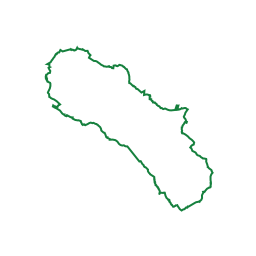 the district of Dealu, Harghita, Romania, rotated 112°
{"feature_id": "2599482B29353811741057", "entity_name": "Dealu", "entity_type": "district", "adm_level": 2, "iso_a3": "ROU", "parent_name": "Romania", "parent_adm1": "Harghita", "projection": "orthographic", "projection_center": [25.317, 46.415], "detail": "fine", "context": "isolated", "style": "outline", "palette": "green", "viewbox_px": 256, "rotation_deg": 112, "n_neighbors": 0, "source": "geoboundaries", "source_scale": "gbopen_adm2", "svg_char_len": 5774}
<svg xmlns="http://www.w3.org/2000/svg" viewBox="0 0 256 256"><g transform="rotate(112 128 128)"><path d="M86.6,222.6L88.4,222.8L89.5,222.8L90.5,223.2L93.3,223.8L93.8,224.1L95.1,224.2L96.0,224.4L99.0,226.7L98.6,224.7L100.5,223.9L100.9,223.5L100.9,223.3L102.0,224.2L103.6,222.4L104.0,221.6L105.0,221.2L106.2,221.1L106.3,221.5L107.2,222.6L109.0,223.2L109.3,223.8L111.0,223.6L111.4,223.4L111.1,223.3L111.2,222.9L111.7,223.0L112.0,222.1L112.8,221.8L112.7,221.5L112.8,221.4L113.7,221.2L113.8,221.6L115.2,220.0L114.9,219.5L115.2,219.1L115.3,217.2L115.9,216.6L118.1,215.7L120.6,215.3L125.1,215.6L125.4,215.4L126.1,213.9L128.7,212.6L128.7,211.6L129.1,210.9L129.3,208.9L129.2,207.4L129.9,204.1L131.6,199.8L132.2,200.2L132.2,200.4L132.4,200.7L132.8,200.8L133.4,201.2L134.8,201.2L135.2,202.7L135.2,203.6L135.4,203.8L135.7,204.7L135.7,205.1L135.4,205.2L135.5,205.4L135.2,205.5L135.1,205.8L136.2,205.7L136.2,204.9L136.5,204.1L136.6,201.6L137.3,197.6L139.2,194.4L139.6,192.8L139.2,191.9L139.9,191.6L140.2,190.8L140.1,189.5L139.0,189.4L139.0,188.8L139.3,188.6L139.3,188.4L139.2,187.3L139.5,185.4L139.0,183.5L139.6,183.6L139.8,182.5L140.1,182.5L140.3,179.8L140.0,178.7L139.9,177.8L139.3,176.6L139.4,176.3L139.2,174.5L139.7,174.2L139.9,173.8L140.5,173.5L140.8,172.9L141.8,172.0L142.1,171.1L141.4,170.7L141.0,170.1L141.1,169.4L141.3,169.3L141.1,168.9L141.3,168.6L139.4,166.8L137.9,165.7L137.0,164.6L136.8,162.7L136.2,162.1L136.2,161.0L136.4,159.8L136.1,158.6L136.4,158.1L136.5,157.8L136.4,157.2L136.9,156.4L137.1,155.6L137.7,154.0L139.1,152.5L140.1,152.0L140.5,151.5L141.4,148.9L141.2,147.9L141.7,147.6L142.1,146.9L144.6,144.7L144.3,143.6L144.9,143.5L145.1,140.3L145.6,140.3L144.5,137.9L144.0,135.3L144.1,134.5L144.6,132.7L146.1,130.4L146.6,128.6L146.4,126.7L145.6,125.4L145.6,125.1L145.9,124.1L145.8,122.9L145.3,121.7L154.8,104.9L154.3,104.4L154.0,103.8L156.0,101.2L156.7,99.4L157.4,99.0L157.7,98.6L158.0,97.9L157.8,97.2L157.9,96.7L159.1,93.9L160.3,93.5L160.7,93.2L161.7,91.8L162.2,90.5L162.6,90.2L163.4,85.9L163.7,85.2L165.0,84.8L165.3,84.4L165.8,84.4L166.1,84.0L166.4,84.1L167.3,83.3L167.6,83.3L167.7,83.0L168.2,83.1L168.6,82.8L168.7,82.3L169.1,82.3L170.0,81.2L170.4,81.2L170.4,80.6L170.8,80.5L171.1,79.4L171.5,79.1L171.5,78.4L172.0,78.2L172.3,77.4L172.7,77.3L173.0,76.8L173.0,76.6L173.5,76.4L174.0,75.4L174.2,75.2L175.7,74.4L176.1,74.5L177.2,74.3L177.2,74.1L176.4,73.9L175.8,73.5L175.6,73.2L175.4,72.0L174.8,70.9L174.8,70.6L174.4,70.4L174.2,69.7L176.7,67.9L178.4,66.1L179.0,64.4L179.5,63.8L179.2,63.5L179.1,63.0L179.2,62.7L180.5,62.3L180.5,61.9L180.9,61.9L181.5,60.4L182.2,60.0L182.6,59.3L182.7,58.7L183.0,58.6L183.0,58.2L184.1,56.6L183.5,55.7L183.0,55.5L182.6,55.0L181.9,54.8L181.5,53.9L181.1,53.4L181.5,53.0L183.8,49.6L184.4,47.4L182.7,46.2L182.1,45.2L180.1,44.5L179.8,43.3L179.7,43.2L178.8,43.4L178.4,43.3L178.3,42.5L171.8,37.5L171.2,36.9L170.1,35.2L169.5,34.6L169.6,34.0L168.5,33.9L168.2,33.6L167.1,33.1L165.2,33.1L162.7,34.2L159.4,34.0L159.0,34.4L158.4,33.4L158.5,33.1L156.8,32.7L154.6,31.9L153.8,31.2L153.1,30.8L152.6,29.8L151.5,29.3L151.0,29.8L149.8,29.9L148.3,30.7L148.2,30.4L147.1,30.9L145.5,31.9L142.1,33.3L139.7,33.4L137.8,32.8L136.9,34.1L136.5,34.2L135.7,35.0L135.0,37.9L134.4,38.9L134.4,39.3L134.0,39.3L133.5,39.9L132.2,40.8L129.9,42.9L127.8,43.6L127.4,43.9L127.7,45.7L128.2,47.2L127.9,47.8L127.9,48.4L127.6,49.7L127.0,50.9L127.2,53.1L127.0,53.9L126.8,54.5L126.2,54.9L125.4,56.3L125.1,59.8L123.2,61.5L122.8,62.9L122.2,62.7L122.1,62.8L121.4,62.8L120.5,62.3L120.0,62.2L118.8,60.9L118.4,60.9L117.8,61.2L116.9,61.1L116.5,61.5L116.2,61.9L115.1,64.3L114.4,67.2L113.4,69.2L112.6,72.1L112.4,73.4L112.2,75.6L112.6,75.8L112.5,76.0L112.0,76.1L111.8,76.5L111.4,76.5L111.2,76.8L110.0,76.9L109.3,77.6L108.7,77.9L108.0,78.0L107.5,78.3L107.4,78.1L107.1,78.2L106.5,78.0L105.3,78.3L103.5,77.7L101.4,77.5L101.3,75.7L100.2,75.7L100.1,76.5L98.4,77.9L98.0,78.5L97.3,79.9L96.6,80.5L94.1,80.3L92.3,80.5L88.4,79.6L88.4,80.4L87.9,81.9L88.2,82.9L89.6,84.9L89.6,85.2L89.5,85.7L90.4,86.1L91.0,86.6L91.6,87.9L91.9,87.8L92.7,89.2L88.4,89.7L88.9,90.5L88.7,90.8L88.7,91.1L88.8,91.3L93.6,91.0L95.5,94.6L96.0,96.1L96.1,96.9L96.2,98.3L96.0,100.7L96.3,101.3L97.0,102.0L97.3,102.5L97.2,103.1L96.9,103.7L96.9,104.0L96.9,104.5L97.3,104.9L97.3,105.3L96.3,106.6L96.1,107.6L96.3,107.9L96.3,108.2L96.0,108.7L95.8,109.9L95.1,110.4L95.1,110.9L94.9,111.1L94.9,111.5L94.6,112.0L94.7,112.5L94.3,112.8L94.6,113.7L94.9,114.0L95.0,114.4L94.4,114.8L94.3,115.1L93.8,115.3L93.7,115.7L93.9,116.1L93.2,117.1L92.6,117.3L92.7,117.8L93.1,118.1L93.2,118.7L91.0,119.6L90.8,119.4L90.7,119.7L90.3,119.8L89.7,119.6L89.3,120.0L89.7,121.2L89.6,121.9L89.8,123.0L90.4,124.2L91.4,125.5L87.5,126.7L90.1,128.8L88.3,133.7L88.3,134.4L88.6,134.9L87.9,136.0L87.3,136.5L87.3,137.3L87.0,137.9L86.8,138.5L87.3,138.8L85.7,142.6L85.9,143.6L84.4,144.4L82.5,144.8L81.4,145.4L79.9,146.0L78.2,147.1L76.9,148.3L76.3,148.4L75.6,149.5L74.6,150.5L74.0,150.9L74.0,152.2L72.8,154.6L73.0,155.1L72.4,156.3L72.3,157.0L72.5,157.6L72.5,158.6L72.7,159.7L73.4,160.0L74.6,160.9L74.8,161.9L74.6,162.3L74.7,162.6L74.7,163.3L75.6,164.7L78.1,164.0L78.3,164.7L78.1,164.8L78.4,165.2L78.4,165.5L77.8,166.4L78.0,167.3L78.4,168.2L77.8,168.8L79.1,170.4L79.3,171.1L79.5,172.4L79.9,173.4L79.6,174.1L79.4,176.7L78.8,178.5L78.4,180.5L78.1,181.1L78.0,183.0L78.6,184.8L77.5,190.5L75.4,190.4L74.5,190.1L73.4,192.7L71.6,194.4L72.6,196.5L72.0,199.5L72.5,199.6L72.7,201.5L73.0,202.7L72.9,203.9L73.3,204.4L73.2,204.7L72.7,205.2L74.8,205.4L75.8,206.2L75.9,206.5L76.2,206.8L76.0,207.2L76.1,207.6L76.3,207.8L76.1,208.5L76.3,208.7L76.4,209.6L76.6,209.7L76.5,209.9L76.8,210.0L76.6,210.4L76.9,210.4L76.9,210.7L76.6,210.8L76.7,211.0L81.5,217.3L81.0,219.9L83.7,220.1L84.0,220.9L84.2,221.2L84.8,221.5L85.3,221.5L86.1,221.8L85.9,222.2L86.6,222.6Z" fill="none" stroke="#15803d" stroke-width="2"/></g></svg>